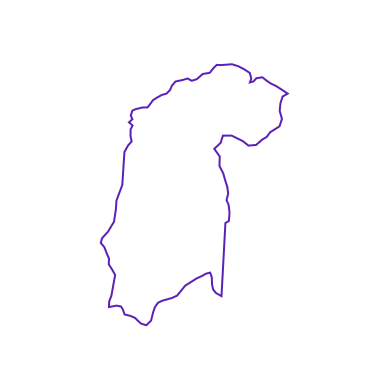 the district of Nerópolis, Goiás, Brazil, rotated 233°
{"feature_id": "56859067B33063676533172", "entity_name": "Nerópolis", "entity_type": "district", "adm_level": 2, "iso_a3": "BRA", "parent_name": "Brazil", "parent_adm1": "Goiás", "projection": "albers", "projection_center": [-49.185, -16.43], "detail": "fine", "context": "isolated", "style": "outline", "palette": "violet", "viewbox_px": 384, "rotation_deg": 233, "n_neighbors": 0, "source": "geoboundaries", "source_scale": "gbopen_adm2", "svg_char_len": 1543}
<svg xmlns="http://www.w3.org/2000/svg" viewBox="0 0 384 384"><g transform="rotate(233 192 192)"><path d="M194.0,86.9L188.7,85.6L184.3,82.0L177.9,81.5L172.0,80.7L157.6,65.1L154.4,60.0L150.1,56.4L146.7,63.3L143.3,66.4L139.9,66.1L134.7,64.5L130.2,68.2L125.6,70.8L121.7,71.3L117.6,72.1L113.1,75.3L113.9,81.9L119.5,88.8L122.3,93.0L124.0,98.1L123.1,102.8L121.8,106.1L119.5,112.0L118.2,117.7L119.6,123.4L121.3,130.2L120.2,143.7L118.9,149.4L118.4,153.9L116.7,158.0L112.0,156.5L106.0,152.3L101.4,150.2L96.8,150.4L91.1,152.9L147.1,200.0L146.7,204.0L152.7,209.4L159.7,213.5L164.7,214.7L169.0,220.0L175.0,223.3L181.3,225.5L188.2,228.2L196.3,229.6L203.6,235.5L213.1,235.8L214.0,244.4L218.4,250.6L213.2,257.6L202.1,263.2L195.1,265.0L191.0,271.5L191.6,279.7L191.0,284.9L192.7,290.4L192.1,297.3L191.8,301.4L196.2,307.8L204.1,310.9L209.6,316.0L213.7,321.8L213.0,327.6L221.0,324.8L226.1,322.9L231.0,320.3L236.0,318.6L241.3,317.2L244.1,311.9L243.3,307.6L244.7,304.2L246.9,307.6L252.3,309.8L258.9,307.4L264.5,304.7L270.0,300.8L273.3,295.6L275.8,291.7L278.6,288.3L278.1,284.0L276.5,277.9L279.8,271.6L279.2,263.8L281.0,258.7L285.3,256.8L287.1,251.9L290.2,245.3L289.0,239.9L286.7,236.0L285.9,230.9L287.6,226.5L288.4,221.5L288.8,216.1L287.4,211.4L286.3,207.4L289.3,203.3L292.0,197.1L292.9,193.4L289.9,189.1L286.0,188.2L285.6,183.6L280.9,184.6L279.0,180.7L273.7,176.6L268.7,174.2L267.6,168.8L264.6,162.1L239.6,140.6L230.6,126.5L224.2,121.0L215.2,111.8L210.9,101.1L209.2,92.3L206.2,88.5L200.7,88.8L194.0,86.9Z" fill="none" stroke="#5b21b6" stroke-width="2"/></g></svg>